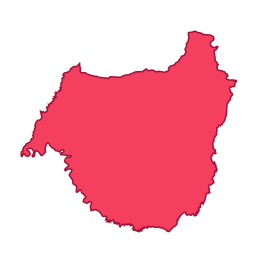 Blora, Jawa Tengah, Indonesia (Albers equal-area conic projection), rotated 95°
{"feature_id": "22746128B85780086903212", "entity_name": "Blora", "entity_type": "district", "adm_level": 2, "iso_a3": "IDN", "parent_name": "Indonesia", "parent_adm1": "Jawa Tengah", "projection": "albers", "projection_center": [111.399, -7.111], "detail": "fine", "context": "isolated", "style": "filled", "palette": "rose", "viewbox_px": 256, "rotation_deg": 95, "n_neighbors": 0, "source": "geoboundaries", "source_scale": "gbopen_adm2", "svg_char_len": 5800}
<svg xmlns="http://www.w3.org/2000/svg" viewBox="0 0 256 256"><g transform="rotate(95 128 128)"><path d="M87.7,28.2L86.0,26.9L84.8,26.9L83.5,28.6L79.7,30.4L78.7,30.0L78.6,29.1L77.8,28.7L77.4,25.6L73.7,25.2L71.9,23.9L71.1,24.6L71.7,25.6L71.1,26.1L71.6,27.4L70.9,27.8L71.5,30.7L70.8,33.9L68.8,34.5L68.1,33.5L66.9,33.0L66.6,33.8L65.4,34.1L65.6,35.2L64.1,36.1L63.5,37.2L62.6,40.8L62.7,42.7L61.6,44.4L58.4,44.5L57.1,43.8L57.1,44.6L55.7,44.5L53.1,47.2L50.3,47.4L43.6,49.1L42.7,47.4L39.5,45.5L38.9,46.4L40.1,48.2L40.3,49.4L39.6,51.6L38.0,53.3L35.8,53.1L33.8,51.8L32.9,50.4L31.1,50.2L29.5,51.0L28.2,54.4L28.3,61.0L27.3,62.8L27.4,64.0L26.8,64.6L27.0,66.2L25.7,69.6L27.0,72.7L27.6,75.9L28.4,76.2L32.2,75.3L36.3,75.6L38.8,77.1L41.6,76.9L44.6,78.1L47.0,76.9L49.8,77.8L51.0,78.8L51.9,81.0L54.3,81.8L55.5,83.1L57.2,83.4L59.0,86.2L61.0,87.1L62.9,91.6L64.9,92.9L66.1,92.2L67.4,92.7L69.3,96.4L68.9,101.4L69.2,102.1L68.8,102.7L69.6,104.3L69.2,106.3L68.4,107.0L68.2,109.7L69.1,112.1L68.4,114.5L67.6,114.9L69.4,117.4L70.5,118.1L71.4,125.3L74.8,131.7L75.8,136.2L76.6,137.1L77.1,138.8L78.1,139.1L78.5,149.8L79.1,151.2L80.2,151.5L80.6,152.2L79.9,154.5L80.5,156.0L79.9,158.1L80.2,160.4L79.2,164.1L79.6,166.2L78.8,167.1L79.0,168.6L77.7,173.8L76.6,175.4L77.1,179.4L75.7,180.6L72.9,180.6L69.8,181.7L67.1,181.8L69.3,182.4L69.2,183.0L70.8,184.0L71.6,185.7L71.3,186.3L71.5,187.6L73.0,188.8L73.7,190.3L74.3,189.9L76.1,191.0L77.9,193.1L77.7,193.6L78.5,194.3L78.5,195.7L79.5,197.0L81.1,197.3L81.3,196.3L82.3,196.4L83.4,196.5L83.8,197.8L85.1,198.0L87.3,197.6L88.4,197.8L88.9,198.6L91.8,198.6L93.3,197.9L93.9,199.0L94.3,198.2L96.0,198.3L96.7,198.8L96.2,199.1L96.9,199.3L97.0,200.1L97.8,200.1L98.6,200.8L98.9,202.1L99.4,202.3L98.9,202.7L99.7,202.7L99.7,203.3L100.2,202.7L101.6,203.4L102.6,202.5L103.0,202.8L102.6,203.3L103.1,203.7L103.3,203.3L103.4,203.9L103.9,202.8L104.8,203.5L104.8,204.6L105.4,205.1L105.6,204.7L107.0,205.0L106.9,204.5L107.4,204.6L108.9,206.3L110.1,206.3L109.9,207.3L110.6,207.4L111.3,208.7L111.8,208.7L111.6,209.2L113.1,208.6L113.7,209.6L114.3,209.5L114.4,210.9L117.1,209.9L118.8,210.2L118.9,211.0L119.8,211.7L119.6,213.4L119.1,213.7L120.2,214.7L119.4,215.3L118.9,216.6L125.1,214.7L127.8,216.4L128.2,218.7L130.3,220.1L133.6,221.0L135.0,220.3L137.1,221.1L138.5,220.9L140.6,222.1L141.9,221.5L143.9,222.2L145.2,221.4L146.8,221.9L147.2,223.3L148.3,223.3L150.8,224.7L152.7,228.0L154.5,228.7L155.9,230.1L158.9,231.0L160.2,230.7L161.0,232.1L164.9,232.1L165.6,231.4L165.3,230.8L162.5,229.9L164.8,226.9L164.8,225.1L163.9,223.8L162.1,223.2L160.0,224.4L158.8,226.6L158.0,226.8L157.5,226.3L156.8,223.1L157.3,221.5L159.9,219.7L161.4,219.7L163.6,221.0L164.9,220.7L164.9,219.7L164.0,218.8L160.3,218.6L158.5,217.4L160.0,214.4L162.9,212.3L162.8,211.0L159.0,208.0L156.6,208.7L153.7,208.6L150.6,207.6L149.7,206.7L150.1,205.5L152.2,204.4L154.3,201.9L155.1,199.9L156.9,198.3L157.0,196.2L157.8,194.2L155.7,192.3L155.3,190.8L155.9,190.0L157.1,189.8L158.0,190.7L159.0,193.1L160.3,192.8L160.7,182.2L162.5,182.9L162.2,186.2L163.9,187.6L166.0,188.2L167.5,187.8L169.4,184.6L170.6,183.7L174.3,187.2L175.6,187.2L176.0,186.2L174.3,184.5L173.9,183.3L174.0,181.5L174.7,180.2L175.8,180.3L178.9,182.2L180.2,182.4L184.8,178.6L188.3,177.9L190.5,174.0L196.1,174.0L196.4,172.8L193.9,170.5L193.9,169.5L196.5,168.6L198.7,165.4L201.0,163.9L202.5,165.7L205.3,166.2L206.6,162.9L206.2,161.6L204.5,159.6L205.3,158.2L206.2,157.8L209.2,158.7L213.6,157.6L212.2,153.6L212.8,151.1L214.5,148.4L218.1,145.6L218.0,141.8L219.1,141.5L221.3,142.3L220.9,141.0L221.8,140.5L222.8,140.9L222.1,139.5L223.2,139.9L223.4,139.0L222.4,138.9L223.0,137.9L221.6,138.5L222.2,136.6L221.4,136.2L221.0,134.8L221.6,135.1L221.6,134.4L223.2,133.9L223.1,132.3L223.9,132.8L223.6,131.9L224.3,131.5L223.9,131.2L224.6,130.5L224.0,130.4L224.2,129.7L223.5,129.7L223.8,128.1L226.5,128.0L227.1,127.3L225.7,126.6L225.0,125.7L225.0,124.6L224.4,124.4L224.0,123.5L225.2,122.9L224.4,122.4L224.1,120.8L224.5,120.3L223.8,119.8L224.1,119.3L223.7,118.9L224.2,118.0L223.5,117.7L223.5,116.9L225.0,116.9L224.2,115.5L226.1,113.4L226.9,113.7L227.1,114.2L228.0,113.6L228.2,114.2L228.7,113.2L229.6,114.2L228.6,112.4L229.1,112.2L228.7,111.6L229.7,110.9L229.5,110.2L230.0,109.6L229.6,109.0L230.3,107.9L228.9,107.5L228.4,107.8L228.7,106.9L228.4,106.6L229.4,106.3L229.4,105.7L228.7,106.1L228.5,105.3L227.1,105.5L227.4,104.5L225.7,104.2L225.4,103.1L226.2,102.9L225.4,101.5L225.9,100.3L225.1,100.6L225.0,99.3L224.2,99.2L223.9,98.3L224.9,97.2L223.8,94.2L224.4,93.6L224.6,91.2L223.7,88.7L224.7,87.3L224.5,85.4L225.3,83.7L225.6,81.8L227.3,80.2L227.1,79.2L227.5,79.0L227.8,79.6L227.4,77.8L222.9,74.6L222.3,73.3L220.6,71.6L219.0,70.9L216.4,71.0L216.2,70.4L214.8,70.1L215.0,70.7L214.6,70.7L213.4,69.4L210.8,68.2L207.8,65.7L206.9,63.5L207.7,62.9L208.6,63.0L209.7,61.6L208.9,60.0L209.4,57.4L208.3,56.4L208.1,55.5L208.2,54.6L209.4,54.5L209.6,53.8L209.0,52.2L208.2,52.2L206.2,50.9L206.5,52.6L205.3,51.7L204.5,50.3L203.5,49.9L203.0,50.5L201.3,50.7L201.3,49.7L200.4,48.9L198.5,49.3L196.8,48.7L196.0,48.1L197.3,46.7L196.5,46.3L195.4,46.6L194.7,45.3L186.8,44.2L186.1,43.7L186.0,42.1L185.2,40.9L183.2,41.9L181.5,41.5L180.4,42.4L178.6,42.7L178.0,42.5L177.5,40.7L174.9,37.7L172.4,38.6L171.7,39.7L170.4,39.8L167.8,38.0L166.2,37.6L164.0,38.2L163.7,37.9L164.0,36.7L163.2,36.8L163.5,36.4L161.7,35.7L158.9,37.0L159.0,37.3L157.4,37.2L156.7,38.2L156.0,38.3L156.6,39.0L155.8,39.8L154.9,38.9L154.5,39.0L155.0,39.7L154.1,41.2L150.4,42.8L148.8,42.6L148.3,41.8L145.7,41.1L146.0,38.9L145.5,38.2L143.7,39.5L143.2,39.0L142.5,39.1L142.5,40.0L141.4,40.3L140.3,41.6L139.7,41.4L136.4,42.2L134.6,42.0L134.3,41.5L133.1,41.2L131.7,41.8L126.3,39.0L124.8,39.7L123.4,39.1L120.1,39.6L119.3,38.4L117.4,37.5L117.9,36.3L116.4,35.4L116.3,34.5L114.6,34.0L113.1,32.8L106.7,31.2L95.4,31.4L90.6,28.6L87.7,28.2Z" fill="#f43f5e" stroke="#9f1239" stroke-width="1.5"/></g></svg>